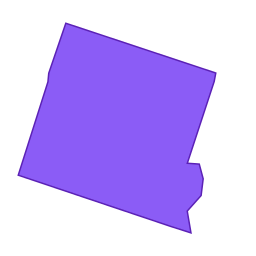 Johnson, Illinois, United States of America, rotated 288°
{"feature_id": "52423323B78964381261335", "entity_name": "Johnson", "entity_type": "district", "adm_level": 2, "iso_a3": "USA", "parent_name": "United States of America", "parent_adm1": "Illinois", "projection": "mercator", "projection_center": [-88.906, 37.447], "detail": "fine", "context": "isolated", "style": "filled", "palette": "violet", "viewbox_px": 256, "rotation_deg": 288, "n_neighbors": 0, "source": "geoboundaries", "source_scale": "gbopen_adm2", "svg_char_len": 328}
<svg xmlns="http://www.w3.org/2000/svg" viewBox="0 0 256 256"><g transform="rotate(288 128 128)"><path d="M49.2,38.2L47.6,198.9L47.7,220.3L67.3,210.0L86.4,218.4L102.9,215.2L115.7,206.9L112.8,195.3L198.9,195.6L207.4,194.5L208.4,36.5L155.6,35.7L147.1,37.6L49.2,38.2Z" fill="#8b5cf6" stroke="#5b21b6" stroke-width="1.5"/></g></svg>